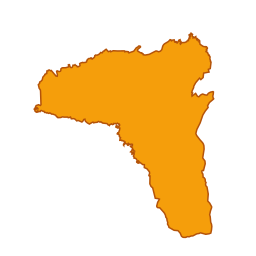 Mueang Phitsanulok, Phitsanulok, Thailand (orthographic projection), rotated 97°
{"feature_id": "78962969B1264982226283", "entity_name": "Mueang Phitsanulok", "entity_type": "district", "adm_level": 2, "iso_a3": "THA", "parent_name": "Thailand", "parent_adm1": "Phitsanulok", "projection": "orthographic", "projection_center": [100.243, 16.805], "detail": "fine", "context": "isolated", "style": "filled", "palette": "amber", "viewbox_px": 256, "rotation_deg": 97, "n_neighbors": 0, "source": "geoboundaries", "source_scale": "gbopen_adm2", "svg_char_len": 5712}
<svg xmlns="http://www.w3.org/2000/svg" viewBox="0 0 256 256"><g transform="rotate(97 128 128)"><path d="M125.6,181.8L127.2,179.7L126.7,178.7L126.7,177.9L127.7,174.5L126.8,173.7L124.9,172.9L124.5,171.8L125.9,171.4L126.6,170.9L127.9,169.0L128.8,166.8L126.6,163.9L126.5,163.2L127.1,162.5L126.7,162.0L126.1,159.3L125.1,158.2L125.6,156.4L125.2,156.0L125.2,155.4L125.8,154.8L125.8,154.1L126.2,153.7L126.2,149.3L127.5,147.9L127.3,147.1L127.7,146.7L126.9,146.4L126.4,145.7L126.4,145.3L125.9,144.7L126.5,143.8L126.1,142.9L125.2,142.6L125.3,141.4L125.0,140.8L125.5,140.0L124.5,139.2L124.9,138.6L124.9,137.8L125.3,137.7L125.3,137.0L126.1,136.6L127.5,137.2L127.2,139.9L128.5,140.2L129.3,138.1L129.0,137.6L129.1,136.1L130.6,136.1L134.1,136.8L134.0,137.6L135.1,138.0L136.0,135.7L137.6,135.5L138.6,134.2L139.3,134.6L141.2,134.6L140.9,133.0L141.0,132.6L141.3,132.6L141.4,130.5L142.2,130.1L142.3,129.1L142.7,129.1L144.5,130.4L145.5,130.4L145.7,130.2L145.1,130.3L145.0,129.9L144.1,129.3L143.8,128.5L144.0,126.9L145.0,126.4L145.2,125.9L144.9,125.4L144.2,126.0L143.2,125.8L144.1,124.2L143.6,122.8L143.7,121.6L145.2,121.5L145.5,123.1L146.1,123.3L147.2,121.2L148.4,120.7L149.4,119.7L149.0,121.3L150.1,121.5L151.4,122.5L151.8,120.8L151.3,119.8L153.3,121.1L153.6,120.9L152.3,118.8L153.2,118.9L153.7,118.7L155.2,119.3L156.1,118.4L157.1,118.4L157.2,116.9L157.8,115.9L159.8,114.6L160.4,115.3L160.9,115.2L161.7,113.7L161.4,112.9L159.8,114.0L159.5,114.0L159.3,113.6L160.2,112.8L162.5,108.9L162.4,107.3L165.3,107.0L166.1,104.3L168.9,101.4L170.3,101.0L172.5,101.5L173.1,101.0L173.0,100.3L180.8,99.5L183.2,98.0L184.4,96.2L194.4,92.4L194.5,88.9L194.8,88.1L198.1,89.5L201.9,90.0L202.8,89.7L203.5,88.6L203.3,86.8L207.7,81.8L209.8,80.3L211.9,79.6L213.0,78.5L214.9,78.0L217.1,77.0L218.5,77.1L220.6,75.6L221.7,75.2L223.9,69.8L223.8,65.8L226.1,63.3L228.8,61.8L229.6,60.6L229.8,59.4L229.5,57.3L228.6,55.9L228.5,54.0L227.5,52.2L227.2,50.5L224.7,46.9L224.0,44.5L223.2,43.3L224.0,37.9L223.1,34.6L222.2,33.0L219.1,32.7L215.5,32.8L213.3,33.4L211.5,34.4L206.0,35.6L204.1,36.4L200.0,36.0L196.9,35.3L195.9,35.4L192.7,37.7L190.7,40.0L183.8,40.3L176.9,42.4L175.8,43.7L174.1,44.2L172.6,43.9L171.8,44.7L169.4,45.2L168.0,46.5L167.8,47.4L164.5,48.1L163.7,48.9L161.9,49.5L161.5,49.4L160.9,48.6L161.0,47.9L154.1,47.0L151.4,47.6L148.9,50.0L148.3,50.2L139.7,49.9L136.4,50.5L134.8,51.2L133.5,52.2L130.7,55.4L127.0,59.0L125.2,60.0L121.1,59.5L114.1,57.0L106.0,55.3L101.8,53.4L97.9,51.0L96.2,51.7L92.8,50.3L88.8,46.6L88.3,46.6L88.0,47.1L86.0,47.7L83.9,47.5L81.8,47.6L81.5,48.1L82.4,50.6L83.7,52.4L85.8,53.7L85.7,55.7L85.2,57.9L85.3,58.4L86.5,60.1L88.0,61.1L88.4,61.7L88.0,63.0L85.4,65.1L88.5,68.3L87.0,68.7L85.4,68.1L85.0,69.1L82.7,68.7L80.1,67.8L78.4,67.8L76.9,67.2L74.7,66.3L69.8,63.1L71.1,61.6L68.8,59.6L64.3,59.6L62.6,54.4L60.0,55.4L59.0,53.6L52.7,53.6L52.6,53.9L52.0,54.2L51.9,54.0L49.3,55.2L47.4,55.2L46.8,55.9L45.9,56.1L45.9,56.9L45.1,57.1L44.3,57.9L43.3,58.2L42.7,59.9L42.2,59.9L41.9,59.4L41.2,59.2L40.3,59.8L39.7,59.0L39.0,58.9L37.8,60.0L38.1,60.7L37.8,61.1L38.0,62.3L37.7,63.7L36.1,66.7L34.2,67.3L33.8,68.1L33.4,67.8L33.3,67.4L32.5,67.6L31.7,68.9L32.3,69.3L31.9,69.5L32.1,70.0L31.6,70.1L31.8,70.6L31.3,70.8L30.8,70.5L30.8,71.0L30.1,71.5L30.1,72.0L29.0,71.9L29.2,72.4L30.3,72.8L30.2,73.5L30.6,74.3L29.6,74.3L29.4,75.2L28.6,75.6L27.2,75.3L27.0,75.6L27.2,76.5L26.5,76.5L26.2,77.0L28.2,77.7L27.6,78.1L28.0,78.7L28.9,78.5L28.8,77.5L29.1,77.3L29.7,77.4L29.9,77.9L30.7,78.1L31.1,77.6L31.5,77.6L31.5,78.4L32.5,78.5L33.1,79.0L33.9,78.7L34.3,79.9L35.2,80.3L36.2,82.1L36.7,84.9L38.4,86.2L38.0,86.5L35.6,86.0L35.4,86.3L35.7,87.2L35.4,87.6L34.4,87.0L34.0,87.1L34.6,88.2L37.2,89.2L37.6,89.6L37.3,90.2L36.6,90.3L36.3,90.9L37.1,91.6L36.9,92.2L34.9,92.9L35.3,94.4L36.2,95.4L35.9,96.0L35.2,96.2L35.2,97.0L37.2,98.4L39.9,101.9L40.9,102.8L42.5,103.5L46.1,104.0L47.8,105.2L48.6,106.9L48.1,108.8L48.2,109.8L52.3,115.9L53.5,119.8L53.4,121.8L52.5,122.1L52.2,123.5L51.7,123.6L51.9,124.2L51.5,125.5L50.3,127.9L49.0,128.1L46.2,125.5L45.5,125.6L45.2,126.3L45.4,127.5L46.4,128.1L47.3,129.5L51.1,131.7L53.3,136.3L53.2,136.6L52.3,136.9L52.2,138.6L52.7,140.5L52.0,140.6L51.9,141.2L52.8,147.5L53.1,152.1L54.4,154.4L53.7,154.8L54.6,156.8L52.5,159.3L53.8,160.7L54.4,160.9L54.7,161.8L56.6,162.9L56.3,164.2L58.2,165.6L59.5,167.5L59.5,169.0L60.3,169.8L61.1,169.7L62.3,170.3L63.9,171.9L63.8,172.4L63.1,172.6L62.9,173.0L62.9,173.4L63.7,173.9L63.7,175.2L65.0,176.7L66.0,176.8L66.6,177.3L67.4,177.2L68.0,177.9L68.6,180.6L68.4,181.0L69.4,183.2L70.1,183.8L71.6,183.2L72.1,183.3L73.3,184.9L73.4,185.8L72.6,186.4L72.1,187.8L71.6,188.3L72.3,188.9L72.3,190.2L74.3,190.6L74.8,191.1L75.0,192.0L74.8,192.5L73.9,193.2L72.3,193.8L72.2,194.2L72.6,194.9L74.1,194.3L74.6,194.6L75.7,197.0L76.3,200.7L77.5,201.8L79.2,201.7L79.9,202.0L80.4,203.2L79.9,205.3L80.4,205.8L83.9,204.5L85.3,204.6L85.2,205.8L80.3,211.1L80.7,211.6L80.0,213.1L80.3,214.1L81.0,214.3L81.2,215.4L83.7,215.3L83.7,215.8L84.6,216.3L84.9,217.1L85.4,217.0L87.9,218.7L90.7,219.0L92.5,220.3L92.8,221.0L93.8,221.3L94.5,221.2L95.9,222.3L99.4,221.0L100.8,219.7L102.1,219.3L115.5,217.2L116.3,217.7L115.8,219.6L116.9,221.9L119.8,222.8L120.0,222.2L118.9,220.8L119.2,220.2L119.9,219.7L120.6,222.0L120.6,223.3L121.0,223.3L121.7,222.5L122.5,222.4L123.2,221.5L123.5,220.4L123.3,220.0L122.5,220.2L122.1,219.9L122.1,219.4L122.8,218.6L122.4,218.1L122.4,217.1L121.4,216.8L121.2,216.1L121.8,214.3L121.7,213.4L122.7,212.7L122.5,212.2L123.0,210.5L122.6,210.1L123.2,208.8L122.6,207.5L123.0,207.0L122.8,206.6L123.5,205.5L123.4,204.2L124.1,201.4L125.4,200.3L125.6,199.4L126.1,199.3L126.3,198.8L125.8,196.0L124.9,194.4L125.0,192.6L124.5,189.2L125.0,188.7L124.9,187.9L124.1,186.4L125.8,185.4L125.3,182.9L125.6,181.8Z" fill="#f59e0b" stroke="#b45309" stroke-width="1.5"/></g></svg>